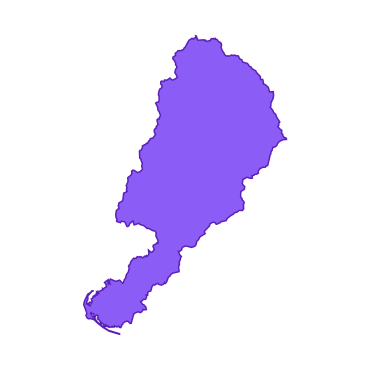 outline of El Collao, Puno, Peru, rotated 193°
{"feature_id": "86281439B70453073553936", "entity_name": "El Collao", "entity_type": "district", "adm_level": 2, "iso_a3": "PER", "parent_name": "Peru", "parent_adm1": "Puno", "projection": "albers", "projection_center": [-69.665, -16.626], "detail": "fine", "context": "isolated", "style": "filled", "palette": "violet", "viewbox_px": 384, "rotation_deg": 193, "n_neighbors": 0, "source": "geoboundaries", "source_scale": "gbopen_adm2", "svg_char_len": 5988}
<svg xmlns="http://www.w3.org/2000/svg" viewBox="0 0 384 384"><g transform="rotate(193 192 192)"><path d="M128.1,286.7L130.1,287.6L131.8,289.9L134.9,292.2L134.5,293.1L135.1,296.5L134.0,301.6L134.2,304.4L135.4,308.1L138.8,306.9L141.3,311.2L144.6,313.0L147.1,313.6L147.1,315.0L148.5,317.6L150.5,317.0L151.4,319.9L156.2,323.1L157.0,324.3L161.3,325.7L162.6,327.1L164.3,327.4L166.8,329.7L171.9,330.0L173.3,332.1L175.6,332.5L177.4,335.0L179.6,334.7L181.4,335.0L182.6,334.2L184.2,334.4L186.4,332.7L188.0,332.7L188.9,332.2L191.2,333.2L192.5,335.1L194.2,336.4L196.3,339.5L196.1,341.4L197.0,343.4L198.4,344.3L199.5,344.2L201.9,346.2L203.5,346.1L203.8,346.9L205.3,346.5L205.3,346.1L207.4,345.9L208.2,344.8L208.1,343.8L211.7,342.0L213.0,343.0L213.7,342.3L214.5,343.0L220.5,341.2L221.5,342.4L221.4,343.0L222.4,343.5L222.7,344.9L223.6,345.0L223.0,343.5L224.3,342.5L224.8,341.3L226.5,341.8L229.2,339.0L231.3,331.2L231.9,330.9L232.5,328.6L233.9,328.0L234.5,327.1L237.3,326.7L238.4,324.5L239.6,323.4L238.7,321.4L241.0,319.0L240.3,317.1L239.3,316.6L237.0,314.1L236.7,312.4L235.1,311.1L234.8,309.9L235.6,307.7L235.6,304.6L232.1,300.7L233.2,299.0L235.9,296.8L236.9,296.7L239.1,298.1L241.6,295.3L243.9,295.0L244.1,293.5L246.6,293.2L247.2,292.6L246.9,290.3L245.5,289.2L244.9,287.7L245.3,286.2L246.6,285.0L246.9,281.7L246.6,279.2L245.8,278.3L244.6,273.8L244.8,272.0L246.1,271.8L247.4,270.5L244.5,266.7L243.7,264.3L242.0,262.7L239.8,259.3L240.6,257.4L240.3,255.9L241.5,255.7L242.4,254.3L240.3,249.9L241.6,247.9L241.1,246.5L242.1,245.7L242.8,243.6L241.9,241.3L240.4,239.9L242.3,235.8L244.6,234.7L244.9,232.9L245.8,231.7L246.1,229.3L247.4,229.2L248.2,227.4L249.0,227.3L250.6,225.8L250.4,223.6L251.0,221.3L252.2,220.6L252.4,220.0L250.6,213.3L249.1,212.5L248.8,211.4L246.8,208.7L246.9,205.6L245.7,204.2L245.6,202.4L247.4,200.0L249.3,198.7L253.5,200.1L254.6,200.0L255.5,198.8L254.8,196.4L255.3,194.6L257.8,191.5L256.7,187.9L257.5,183.4L256.3,181.3L256.5,179.4L255.2,178.0L258.3,175.5L257.6,168.9L258.1,167.2L260.7,165.0L260.7,161.8L259.4,159.9L261.5,157.0L261.3,153.3L260.5,150.5L259.0,148.5L259.0,146.7L258.6,146.3L254.8,146.0L254.3,147.6L251.3,147.8L250.1,147.2L248.0,144.1L247.0,143.8L246.0,144.7L245.5,147.3L243.0,150.4L241.0,146.9L236.6,149.6L235.4,148.6L232.1,148.5L230.3,147.9L227.6,146.3L226.2,146.8L221.5,145.5L219.4,145.7L217.8,144.3L217.3,141.0L214.3,137.2L213.6,134.6L214.3,134.0L214.8,134.5L215.8,132.9L217.7,131.5L217.7,130.1L215.9,127.6L216.8,125.1L218.3,123.9L221.3,125.6L220.1,121.8L220.6,120.0L222.0,118.9L222.2,119.5L222.7,118.8L223.0,119.1L224.0,118.6L224.2,117.8L225.7,116.7L226.4,117.3L228.1,117.4L229.0,116.7L230.8,116.7L231.7,114.6L233.9,114.4L234.6,113.3L235.9,110.5L236.2,107.2L236.8,106.7L237.2,105.4L236.1,104.0L236.1,99.5L237.1,97.4L237.5,95.1L237.2,93.2L238.2,91.5L238.4,88.6L238.9,87.5L242.7,89.8L246.3,87.8L252.0,88.8L252.6,86.2L251.4,84.3L252.4,84.8L252.7,83.7L253.1,84.3L252.6,84.8L253.6,85.6L254.0,87.6L256.9,84.2L254.4,82.1L254.6,81.2L253.9,80.4L255.8,78.8L256.6,77.3L257.4,77.8L256.9,75.9L257.4,76.5L260.4,73.8L260.9,74.0L260.4,72.8L261.9,73.2L261.2,72.4L261.9,72.5L261.1,71.9L261.7,71.9L261.6,71.4L262.4,72.3L262.5,71.4L261.6,69.9L262.3,70.4L262.8,70.0L262.1,69.0L263.1,69.5L263.0,68.9L263.6,69.1L264.9,68.1L264.9,67.7L264.2,67.7L264.1,67.3L266.1,65.1L264.7,63.1L265.0,61.2L265.4,61.9L266.9,61.6L267.0,61.0L268.7,59.7L266.4,59.2L265.1,57.7L269.1,59.6L269.0,58.5L269.6,59.4L269.9,61.9L269.3,63.2L269.5,65.4L270.3,65.7L269.8,67.9L267.2,72.6L265.6,73.6L267.3,73.2L268.4,71.1L270.6,69.0L272.2,61.9L272.2,58.0L267.6,50.9L267.2,49.6L267.6,47.9L265.9,45.7L264.4,45.1L262.8,45.8L258.7,45.6L254.3,42.9L248.2,40.0L241.2,37.7L230.6,37.1L230.7,37.6L242.4,38.4L249.0,40.9L251.0,42.6L252.0,42.2L253.5,43.1L257.1,45.7L257.5,46.5L259.7,47.4L263.2,50.5L263.5,51.3L263.0,51.8L262.5,50.9L260.4,51.3L259.5,49.1L259.7,48.1L258.3,48.2L257.8,50.2L256.3,50.8L255.1,48.9L255.8,48.0L255.4,47.1L253.2,46.1L252.2,44.7L251.3,44.6L251.7,43.8L251.1,43.1L250.5,44.1L248.4,43.2L247.9,42.1L246.9,41.6L246.5,42.7L246.1,41.5L245.7,41.9L245.9,42.8L245.1,42.9L244.8,42.1L244.1,42.5L243.9,41.9L243.1,42.1L242.4,41.4L241.7,41.8L241.9,42.1L239.7,42.3L239.8,42.7L239.0,43.2L238.7,42.8L237.4,42.9L237.3,44.3L235.8,43.7L234.6,43.7L233.2,44.9L232.2,43.8L231.2,44.2L230.7,43.3L230.9,44.2L230.4,45.6L230.7,46.6L229.8,47.4L229.6,48.9L228.2,50.3L226.5,51.5L224.9,51.4L222.8,50.0L221.7,50.4L221.4,59.4L220.6,61.0L217.6,63.2L215.5,62.8L214.7,63.1L213.3,65.4L213.3,66.6L211.3,66.6L210.0,67.2L211.2,69.6L213.5,71.2L214.8,71.4L217.5,73.7L216.1,74.8L215.1,76.6L213.1,76.9L212.6,79.5L213.5,81.5L212.0,81.5L212.5,84.2L211.7,85.4L209.9,86.2L209.7,90.6L209.2,92.1L208.4,93.0L207.5,92.9L205.0,95.3L203.7,94.5L200.9,94.4L199.3,95.5L198.4,97.5L197.9,96.8L197.2,96.9L196.4,99.2L195.9,103.7L194.7,104.8L193.8,107.3L192.4,108.7L186.8,111.4L186.8,112.5L187.8,114.6L188.3,116.9L187.9,118.4L188.8,121.5L188.2,122.9L188.3,125.5L187.8,126.8L189.6,127.8L191.8,130.9L191.2,130.8L189.1,133.2L189.2,134.6L188.5,136.3L185.9,138.1L180.0,137.9L177.1,139.7L176.3,141.1L176.2,145.2L175.0,146.9L174.1,150.2L169.8,154.4L170.8,155.5L171.0,156.8L167.4,162.7L167.3,164.9L165.0,167.3L162.9,167.4L161.5,166.2L160.4,166.2L158.9,167.7L157.7,168.3L157.1,169.6L152.2,171.8L151.8,174.1L148.7,178.0L146.8,179.5L146.2,181.1L143.4,182.7L141.8,184.8L138.9,185.2L138.4,185.9L137.9,187.3L139.1,191.6L138.7,193.2L139.7,194.7L141.2,195.4L141.8,196.9L143.1,197.7L143.8,199.1L144.5,203.4L141.6,206.5L141.9,209.3L143.2,209.8L144.9,211.5L145.2,216.0L144.1,216.5L141.9,218.7L138.4,218.5L136.3,219.1L137.1,221.4L135.3,222.3L134.7,223.5L132.9,223.9L131.5,225.4L132.3,226.5L131.4,229.5L128.8,232.0L126.1,232.7L125.3,234.4L124.2,234.8L124.2,246.0L123.7,246.8L124.1,248.7L123.3,250.8L123.4,253.4L120.9,254.9L120.0,256.2L119.1,259.6L118.1,261.0L115.0,263.5L111.8,264.5L112.4,265.7L114.7,266.0L116.1,267.3L116.6,268.7L117.9,269.2L118.4,272.3L120.8,273.3L123.2,275.3L122.4,276.5L123.0,278.4L122.2,279.9L126.2,283.8L128.1,286.7Z" fill="#8b5cf6" stroke="#5b21b6" stroke-width="1.5"/></g></svg>